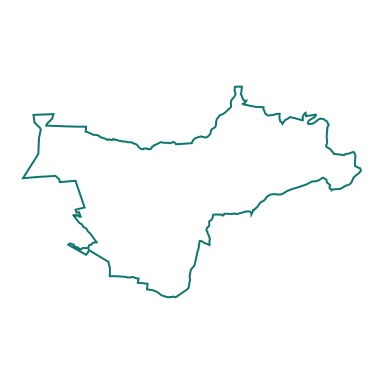 Craiva, Arad, Romania
{"feature_id": "2599482B65879006777700", "entity_name": "Craiva", "entity_type": "district", "adm_level": 2, "iso_a3": "ROU", "parent_name": "Romania", "parent_adm1": "Arad", "projection": "robinson", "projection_center": [21.986, 46.592], "detail": "fine", "context": "isolated", "style": "outline", "palette": "teal", "viewbox_px": 384, "rotation_deg": 0, "n_neighbors": 0, "source": "geoboundaries", "source_scale": "gbopen_adm2", "svg_char_len": 5999}
<svg xmlns="http://www.w3.org/2000/svg" viewBox="0 0 384 384"><path d="M109.8,276.2L115.4,276.2L122.4,276.6L126.3,277.0L126.7,277.3L127.9,277.5L130.8,277.4L132.3,277.0L133.4,277.1L136.3,278.3L138.6,278.5L137.8,282.8L141.9,283.1L147.6,283.8L147.0,289.3L152.0,290.1L155.2,291.0L158.3,292.7L161.3,295.2L166.7,297.0L169.7,297.2L173.9,296.6L175.6,297.3L187.2,289.4L188.4,288.1L189.1,285.4L189.2,283.5L189.9,280.9L190.1,279.7L189.6,276.6L190.6,270.7L191.0,270.1L191.3,269.2L194.5,265.4L195.9,259.0L196.0,258.1L196.4,256.9L197.4,252.0L198.6,248.5L198.6,247.9L198.8,247.3L198.9,246.8L198.7,245.9L199.8,240.9L202.0,241.3L202.8,241.8L204.2,242.9L208.6,244.5L209.5,245.0L209.6,244.1L209.4,242.5L209.4,241.2L209.7,240.3L209.8,238.7L208.8,235.4L207.6,233.3L207.5,232.2L207.3,231.5L206.5,230.3L206.4,229.4L207.2,227.7L207.8,227.3L209.1,225.9L209.3,224.3L209.1,222.1L209.5,221.2L211.5,219.8L212.0,219.3L212.8,216.8L212.9,215.4L213.4,214.6L214.0,214.4L215.2,214.6L217.4,214.5L219.1,214.7L220.0,214.5L221.4,214.6L222.0,215.2L222.6,215.5L223.2,215.5L223.5,215.4L223.6,215.1L223.8,214.2L224.8,213.7L226.1,213.8L227.3,213.7L228.9,214.0L231.1,213.8L231.9,214.1L232.8,213.8L233.5,213.5L235.4,213.7L236.7,214.0L237.2,214.0L239.6,213.3L241.2,213.0L244.1,211.9L246.0,211.6L248.7,211.4L249.7,211.4L250.9,212.3L251.3,213.2L251.4,214.4L252.9,211.5L253.0,210.1L253.3,210.0L253.6,209.8L253.9,209.9L254.4,209.8L254.5,209.3L254.8,208.9L255.7,208.5L256.1,207.9L257.5,206.8L258.6,205.0L259.4,204.0L259.8,203.2L260.6,202.4L263.9,200.6L265.3,199.1L267.3,196.4L270.6,194.5L274.3,194.1L277.7,194.5L280.5,194.5L282.8,193.7L286.8,191.2L289.2,190.2L291.7,189.2L298.4,187.2L306.5,184.4L312.0,181.5L316.2,181.2L318.6,180.4L322.3,177.9L323.1,177.7L323.9,178.3L325.6,179.1L326.6,180.1L326.7,181.8L327.5,183.1L329.3,184.3L330.2,185.6L329.7,186.4L329.6,188.2L330.3,188.7L331.0,189.3L331.4,190.3L332.4,189.5L340.2,188.9L346.2,185.5L348.7,184.8L350.5,183.5L351.5,182.2L353.6,177.5L354.8,176.4L359.3,172.7L361.0,170.7L360.1,168.3L357.5,167.3L355.1,166.0L354.9,164.0L355.4,155.3L354.2,152.6L353.4,151.9L347.9,153.9L346.6,153.8L345.2,154.3L344.1,155.2L342.8,155.1L341.8,154.8L339.4,154.5L334.1,154.0L332.5,151.9L330.0,148.9L326.8,147.2L326.1,146.1L326.2,145.0L326.7,144.3L327.2,142.5L326.7,137.1L327.0,131.0L327.4,130.0L327.4,129.2L327.1,128.4L327.3,127.7L328.1,126.1L328.6,125.5L328.8,124.9L327.9,123.8L327.6,123.0L327.6,122.4L327.1,121.6L326.2,120.9L324.6,120.0L323.7,119.2L322.1,118.8L320.5,118.7L319.8,118.9L318.7,119.3L314.7,122.4L312.8,123.6L311.4,123.8L309.0,124.0L307.9,123.5L308.3,121.7L308.7,121.0L309.1,120.4L315.2,116.7L315.1,115.9L316.0,115.1L316.0,114.8L315.7,114.5L313.8,115.0L308.5,115.7L306.0,116.2L305.6,112.8L305.0,113.1L304.0,114.4L302.7,116.5L302.7,117.7L302.9,118.3L302.7,120.3L297.6,119.0L295.1,118.2L289.9,117.1L288.4,118.4L285.1,120.1L283.7,121.8L282.5,123.9L281.9,123.0L281.4,122.0L280.3,121.4L279.8,119.6L279.5,117.8L279.4,116.2L279.7,114.7L279.7,113.9L278.8,113.7L276.3,114.0L273.5,114.9L269.8,115.3L268.4,115.6L267.0,115.1L266.3,114.2L265.3,113.6L264.1,110.4L263.4,109.1L263.5,107.2L256.0,106.9L251.6,106.1L243.2,104.3L242.8,104.0L243.7,103.3L245.1,102.7L245.4,102.4L245.4,101.5L246.0,101.2L246.3,100.7L245.4,100.8L244.0,100.4L243.1,99.3L242.3,97.6L242.1,97.1L242.0,96.0L240.9,94.3L240.8,93.9L241.3,92.3L241.9,86.7L237.3,86.7L234.9,86.8L234.6,91.0L235.6,93.4L235.3,94.7L234.5,96.5L232.0,99.4L231.3,100.6L230.9,101.5L230.7,102.3L230.9,103.3L231.1,105.9L231.0,106.7L230.5,107.6L230.1,108.1L229.5,108.6L228.7,108.9L227.6,110.3L225.0,112.6L223.7,113.6L222.8,114.1L219.7,115.4L219.2,116.0L217.6,118.2L216.8,119.1L216.3,120.9L215.8,126.0L215.3,126.8L214.9,127.4L213.0,128.5L211.7,129.3L211.3,129.7L211.3,130.1L211.0,131.1L210.7,132.0L210.3,133.9L208.3,136.2L207.3,136.9L206.6,137.3L205.3,137.5L204.0,137.2L201.6,136.6L200.7,136.5L195.9,137.9L194.5,138.8L193.6,139.6L192.3,141.7L191.8,143.2L180.3,144.0L175.9,144.2L175.5,143.2L174.7,142.7L174.2,142.5L173.5,141.9L170.8,143.0L169.9,143.2L168.2,142.9L164.9,142.9L163.2,142.7L161.8,142.2L160.6,142.3L159.4,142.8L157.8,143.8L154.5,145.0L154.3,145.7L153.3,145.9L152.5,146.7L152.2,146.8L151.6,147.2L151.5,148.5L150.4,149.0L150.0,149.3L148.1,148.9L147.7,149.1L147.3,148.8L146.7,148.7L146.5,148.4L145.6,148.6L145.2,148.5L143.8,148.6L143.4,149.1L142.4,149.2L142.2,149.3L141.5,149.0L140.8,148.8L139.4,147.8L138.1,146.4L137.5,145.3L136.4,144.5L135.1,143.8L133.4,143.4L132.6,143.2L132.3,142.8L131.8,142.4L131.0,142.2L128.5,142.3L127.6,142.2L126.5,141.8L124.2,141.4L123.1,141.6L121.7,141.2L119.6,140.9L116.0,139.8L115.0,139.8L114.4,139.7L113.6,139.0L113.3,138.9L113.0,139.5L112.5,139.9L111.7,140.1L110.6,139.9L110.3,139.8L110.2,139.6L108.8,139.3L108.2,139.5L108.1,139.8L107.4,139.9L104.8,138.4L104.0,138.4L103.0,137.9L102.3,137.7L101.8,137.8L101.3,137.4L99.9,136.8L99.6,136.3L98.1,135.4L96.9,135.1L95.6,134.9L93.2,134.8L89.9,133.1L86.4,131.7L85.7,131.7L85.7,131.2L85.9,130.3L86.1,126.7L78.1,126.7L64.3,126.3L46.3,125.6L46.5,124.9L47.1,123.7L47.7,123.0L52.1,118.8L52.3,118.5L52.6,117.0L53.5,114.1L33.5,114.9L34.5,122.5L39.8,127.7L40.8,129.5L39.0,138.0L38.3,154.0L23.0,178.2L41.1,176.7L45.8,176.5L55.4,175.9L59.2,179.2L59.8,182.1L75.5,180.8L84.6,207.5L75.6,209.7L76.6,212.7L78.9,212.1L80.7,216.6L79.9,216.8L78.7,216.5L78.4,215.3L76.5,215.2L76.5,215.3L75.4,215.2L75.5,215.6L73.5,215.1L73.4,215.2L75.5,218.0L79.4,223.0L81.5,224.0L82.7,225.6L83.2,226.8L86.4,228.6L87.9,231.3L90.7,234.1L96.6,242.3L93.2,242.7L92.4,243.1L91.7,244.1L91.5,244.6L90.8,244.8L89.5,244.9L89.1,245.3L88.5,246.8L88.6,247.9L88.5,248.0L87.3,248.0L85.3,248.2L84.1,247.8L81.9,248.4L81.4,248.9L80.5,249.5L80.1,249.4L78.8,248.3L78.4,248.1L78.1,247.7L77.6,247.7L76.8,247.9L76.5,247.9L76.6,247.6L76.6,247.1L75.8,246.9L74.7,246.6L73.8,246.1L73.6,245.7L73.9,245.2L73.8,244.8L73.6,244.4L72.2,244.4L71.9,244.3L71.5,243.9L71.1,243.7L69.8,243.6L69.1,243.9L68.3,244.8L86.1,254.8L88.1,252.3L88.8,250.0L97.2,255.1L108.5,261.9L109.0,265.1L109.3,266.1L109.8,266.9L109.9,269.1L109.8,276.2Z" fill="none" stroke="#0f766e" stroke-width="2"/></svg>